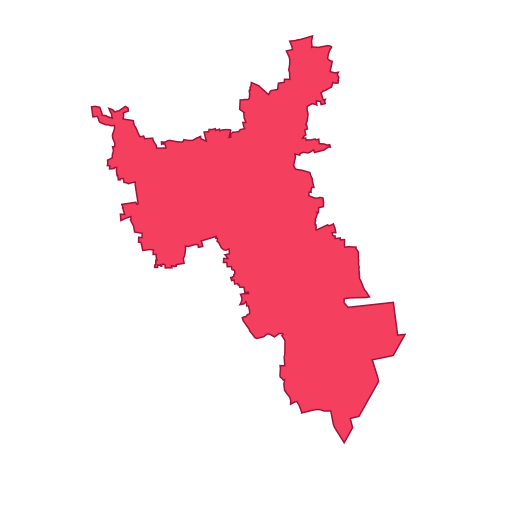 Valladolid, Yucatán, Mexico (Robinson projection), rotated 347°
{"feature_id": "50627088B16380638770573", "entity_name": "Valladolid", "entity_type": "district", "adm_level": 2, "iso_a3": "MEX", "parent_name": "Mexico", "parent_adm1": "Yucatán", "projection": "robinson", "projection_center": [-88.128, 20.615], "detail": "fine", "context": "isolated", "style": "filled", "palette": "rose", "viewbox_px": 512, "rotation_deg": 347, "n_neighbors": 0, "source": "geoboundaries", "source_scale": "gbopen_adm2", "svg_char_len": 6088}
<svg xmlns="http://www.w3.org/2000/svg" viewBox="0 0 512 512"><g transform="rotate(347 256 256)"><path d="M367.3,383.8L383.6,365.9L376.2,365.0L379.4,332.1L334.0,326.7L331.3,321.2L332.3,317.6L333.1,317.5L338.4,318.0L353.5,321.1L357.4,321.4L355.1,315.1L354.0,313.2L352.4,303.0L351.7,301.4L352.5,298.5L352.4,296.6L353.0,295.1L353.1,292.6L354.0,290.2L354.0,287.1L355.2,282.9L355.2,281.4L356.7,275.2L355.0,271.1L355.5,269.9L349.9,268.3L348.9,267.7L344.7,267.5L344.5,266.1L346.0,259.9L341.9,259.3L342.2,257.4L337.0,256.8L337.6,254.4L335.5,253.6L335.4,250.3L339.0,251.2L339.2,246.6L338.6,242.1L336.4,242.8L333.3,242.8L332.9,241.7L320.5,244.3L320.4,243.1L320.9,242.3L321.3,240.1L320.9,239.8L321.3,238.9L320.7,238.7L321.0,237.1L322.2,234.5L321.8,233.8L323.4,231.7L325.0,228.9L325.6,227.9L325.3,227.3L326.6,227.8L328.0,223.0L332.8,223.1L333.9,218.9L334.3,214.6L331.4,213.2L329.8,213.6L326.5,212.9L321.0,209.2L322.0,205.7L324.0,206.3L324.5,204.0L325.8,201.6L327.9,202.2L327.8,196.2L328.2,193.4L327.3,189.1L327.3,186.8L319.8,182.6L316.7,181.5L313.9,180.1L313.1,176.0L316.6,168.8L316.9,165.4L321.3,167.6L322.1,165.9L325.6,165.7L329.9,167.3L332.4,166.9L335.9,165.6L336.3,168.3L346.0,168.1L351.4,166.0L352.9,166.7L352.9,164.1L350.5,164.0L347.6,162.2L342.9,160.7L343.5,156.3L340.5,156.3L340.0,155.3L334.9,155.2L332.3,154.4L330.9,154.6L330.9,152.2L327.9,151.8L329.4,150.2L331.9,149.2L331.7,145.9L332.1,144.0L334.7,143.8L334.8,140.0L334.3,139.9L334.3,138.9L336.3,135.8L338.5,129.8L338.7,128.8L338.6,125.0L339.5,121.8L344.8,120.2L348.0,121.5L349.3,122.6L349.4,118.6L353.5,119.8L353.5,123.1L357.8,123.1L357.6,120.7L358.8,119.0L356.6,119.1L356.2,113.1L355.7,112.0L358.3,110.4L360.0,110.4L367.7,108.3L369.9,104.1L371.5,105.2L374.8,106.0L375.8,103.6L375.3,103.4L376.2,101.6L376.6,101.5L376.9,100.1L376.1,99.0L376.4,98.5L376.0,97.4L377.6,95.5L374.0,95.3L369.7,93.0L374.1,83.5L371.6,82.1L370.2,79.7L372.0,75.4L374.8,71.2L375.9,70.4L376.7,69.2L374.7,67.6L372.7,67.1L363.9,66.8L358.3,65.1L357.2,65.2L357.9,63.4L358.4,59.3L360.6,54.3L346.5,55.1L345.8,54.7L342.7,55.0L337.2,54.2L338.1,59.9L338.0,63.1L331.7,63.0L333.1,69.6L333.0,72.7L331.8,77.2L329.7,82.2L330.0,84.4L328.7,91.5L323.5,90.2L322.7,93.1L316.7,92.7L314.5,98.7L308.0,98.2L307.1,98.6L304.5,101.5L296.9,90.7L290.5,85.9L289.4,89.1L288.1,90.4L287.7,93.1L287.0,92.8L286.4,94.0L286.4,96.2L285.0,100.9L283.3,101.8L280.0,100.9L278.3,101.0L275.7,100.3L273.1,109.4L276.7,113.5L276.3,113.6L275.5,118.8L276.2,123.6L273.2,122.9L273.2,126.4L273.6,129.4L269.2,129.3L267.0,130.9L262.9,130.6L261.3,130.1L259.8,131.1L258.6,131.3L258.2,134.4L257.3,134.5L256.3,134.4L259.7,127.8L259.1,127.2L255.4,126.1L251.6,125.6L249.0,125.9L249.0,124.2L245.0,124.6L245.1,122.8L241.6,122.9L238.8,122.1L237.9,124.3L233.3,123.5L233.4,132.8L228.6,129.4L228.9,127.0L227.6,127.1L227.5,127.6L225.1,127.6L220.3,129.1L215.8,128.1L211.9,126.4L210.5,128.2L209.2,128.3L204.5,126.8L197.6,123.8L195.1,124.0L193.1,124.6L189.5,123.6L189.1,126.0L191.2,125.6L191.2,126.1L192.4,126.1L192.6,130.5L183.4,128.6L183.7,125.8L182.3,122.2L181.7,119.3L181.8,117.9L173.9,116.7L173.5,113.8L170.5,113.9L170.1,113.3L169.5,113.3L167.6,103.1L166.7,101.3L166.9,96.5L157.4,92.6L158.5,89.6L159.1,86.6L164.2,86.1L164.6,83.1L162.3,80.8L155.4,83.6L152.4,83.6L151.6,84.0L150.1,83.3L150.1,82.4L149.0,81.1L145.9,79.1L146.6,83.6L147.3,84.8L146.9,86.1L147.0,89.4L141.7,86.2L141.6,85.5L137.5,84.1L138.0,82.6L137.2,75.9L132.9,74.0L129.3,73.6L128.4,83.8L133.0,84.3L133.5,89.1L133.9,90.5L135.1,91.5L139.3,94.4L141.9,95.0L143.8,96.4L147.4,97.0L147.0,99.3L145.7,102.1L144.0,104.5L143.2,106.3L142.9,109.1L143.8,114.4L142.8,117.8L140.8,117.2L140.8,121.4L138.7,125.2L138.2,127.8L135.3,128.8L132.9,129.1L132.6,131.8L131.5,134.5L133.9,135.3L132.8,138.2L137.4,138.9L137.6,138.1L140.1,138.3L139.1,142.1L138.7,146.5L139.5,146.6L138.9,150.9L141.1,151.2L141.1,150.2L144.0,150.5L143.9,154.6L146.4,155.6L148.1,156.9L150.7,156.6L155.0,156.8L154.3,159.6L152.9,178.7L151.4,178.7L151.0,176.6L136.8,175.5L136.7,175.8L137.4,176.1L136.8,179.1L137.3,179.1L137.0,181.2L137.4,186.0L133.3,184.7L132.3,191.1L137.6,189.9L142.9,189.4L142.1,193.4L141.9,193.3L143.5,199.5L143.1,205.3L150.2,208.3L149.1,212.5L145.9,211.3L144.7,216.1L147.0,216.8L146.9,225.1L153.9,225.8L157.4,227.1L157.6,227.2L156.8,228.4L156.1,231.4L158.9,231.9L158.4,236.1L158.7,237.6L157.4,237.5L156.5,241.6L155.6,241.8L154.6,244.3L157.5,245.0L158.2,242.6L159.4,243.3L160.8,243.1L160.8,244.3L161.8,244.7L162.6,242.9L165.0,243.7L165.3,244.7L164.9,247.2L171.5,248.6L171.5,246.5L173.6,247.3L173.6,247.8L174.6,248.0L176.1,248.0L176.3,246.4L184.3,247.0L184.6,242.3L186.7,239.3L187.7,236.7L189.1,232.8L189.4,230.5L192.5,231.6L197.9,231.1L200.1,231.4L202.2,232.0L201.8,234.6L206.2,234.7L206.4,232.8L206.0,229.0L221.6,228.0L220.8,229.6L222.4,230.1L221.4,233.1L222.6,234.3L224.0,240.1L226.2,242.9L228.5,243.6L230.7,243.0L231.3,243.2L230.6,247.9L226.0,247.8L226.6,248.6L228.0,252.1L224.0,251.1L222.8,255.0L226.2,255.8L225.5,260.0L229.6,260.7L229.5,263.8L231.9,265.2L231.4,268.8L230.7,268.8L230.0,269.5L229.8,270.9L228.0,271.1L227.9,271.9L226.5,271.4L226.7,274.5L229.2,274.5L228.9,278.5L232.2,278.8L232.0,280.0L233.0,280.4L233.1,282.7L237.3,283.7L236.9,289.0L240.3,289.5L240.4,291.0L236.9,290.2L232.3,289.8L232.8,293.8L232.5,295.4L230.9,298.1L229.4,299.8L233.6,299.9L236.0,298.2L236.1,300.2L235.7,302.6L237.4,302.7L237.4,307.7L236.8,310.8L236.1,311.1L234.6,311.0L232.6,312.9L231.4,312.6L228.7,312.9L229.0,316.2L232.9,325.9L233.0,327.7L235.9,333.4L236.3,335.0L238.1,336.5L245.4,336.4L248.8,334.7L251.0,334.7L255.9,339.0L261.1,336.7L264.3,337.6L264.6,338.6L263.3,339.5L264.8,343.3L265.1,345.4L262.0,358.2L260.8,360.5L259.3,369.4L254.8,368.2L254.5,371.0L252.4,378.1L252.4,379.5L253.8,381.0L254.7,383.0L255.9,382.9L256.1,383.1L254.3,387.2L253.6,393.5L253.9,393.5L254.8,396.3L257.2,401.4L257.3,404.7L256.3,408.2L260.8,407.0L263.1,407.0L264.5,411.5L265.3,417.7L265.1,419.2L278.1,419.0L281.1,419.4L284.1,420.2L287.3,422.3L294.0,423.8L293.5,437.7L294.2,441.3L299.9,457.8L311.5,445.0L311.3,435.5L320.2,435.4L347.3,405.7L347.3,401.0L345.9,383.3L367.3,383.8Z" fill="#f43f5e" stroke="#9f1239" stroke-width="1.5"/></g></svg>